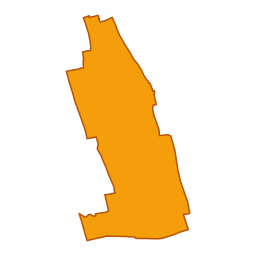 Varlezi, Galati, Romania
{"feature_id": "2599482B39288549559183", "entity_name": "Varlezi", "entity_type": "district", "adm_level": 2, "iso_a3": "ROU", "parent_name": "Romania", "parent_adm1": "Galati", "projection": "equal_earth", "projection_center": [27.823, 45.929], "detail": "fine", "context": "isolated", "style": "filled", "palette": "amber", "viewbox_px": 256, "rotation_deg": 0, "n_neighbors": 0, "source": "geoboundaries", "source_scale": "gbopen_adm2", "svg_char_len": 4495}
<svg xmlns="http://www.w3.org/2000/svg" viewBox="0 0 256 256"><path d="M112.2,17.4L111.7,17.5L110.3,18.2L110.2,18.3L107.5,19.7L106.7,20.1L99.9,22.1L98.7,18.9L98.9,18.9L99.4,18.8L98.7,17.1L98.5,16.4L98.1,15.4L96.4,15.9L95.8,16.0L89.8,17.3L89.4,17.4L89.1,16.3L89.1,15.8L86.2,16.8L84.2,17.5L83.6,17.7L83.4,17.8L83.5,18.0L83.6,18.3L83.8,18.9L83.9,19.4L84.0,19.5L84.1,19.8L84.4,20.6L84.5,20.9L84.6,21.2L84.9,22.0L85.1,22.4L85.1,22.6L85.5,23.6L85.6,23.8L85.7,24.3L85.8,24.6L86.0,25.1L86.1,25.5L86.3,26.1L86.4,26.4L86.5,26.8L86.7,27.2L86.9,27.9L87.1,28.8L87.4,29.6L87.6,30.4L88.1,32.0L88.7,34.0L89.3,37.3L89.7,39.3L89.9,40.5L90.0,41.6L90.6,45.5L90.9,48.1L90.7,48.5L90.6,49.0L90.5,50.5L86.1,51.1L82.5,52.1L83.1,54.8L83.8,60.6L83.6,60.7L83.1,60.7L83.4,67.9L80.0,68.3L79.6,68.7L78.0,69.1L77.4,69.2L77.1,69.3L74.9,69.7L73.6,69.9L72.9,70.0L71.9,70.2L71.2,70.4L70.8,70.5L70.7,70.5L70.4,70.5L69.8,70.6L69.2,70.6L68.7,70.8L68.1,70.9L68.0,71.0L67.9,71.0L67.7,71.0L67.4,71.1L66.7,71.2L66.3,71.4L66.9,73.5L67.4,74.9L67.6,75.8L67.7,76.0L68.1,78.0L68.6,79.9L68.8,80.7L68.8,81.2L69.1,81.9L69.3,82.5L70.3,85.6L70.8,87.3L72.8,93.6L73.6,96.5L75.0,101.5L75.2,102.4L75.5,103.3L76.3,105.1L77.0,106.6L77.3,107.5L77.8,109.6L79.4,113.6L81.9,120.6L82.5,122.6L83.9,126.3L84.5,128.0L84.9,129.5L85.3,131.0L86.0,133.4L87.2,138.7L94.0,137.4L96.1,136.9L96.5,138.6L98.0,142.9L98.1,143.8L97.9,145.5L97.8,146.2L97.7,146.6L97.2,148.2L97.3,148.6L98.2,150.7L98.4,151.3L99.3,152.6L100.8,155.0L100.9,155.3L101.6,156.8L101.7,157.6L103.9,162.7L105.2,165.5L105.6,166.1L105.9,166.9L107.9,172.6L109.0,175.7L109.4,176.6L109.8,177.3L113.1,185.0L114.3,187.8L114.0,190.0L115.2,192.9L114.8,193.0L114.4,193.1L113.6,193.2L110.4,193.9L107.5,194.5L107.3,194.5L107.2,194.5L104.9,194.8L108.5,210.8L108.6,211.0L108.1,211.2L105.7,212.2L104.9,212.5L98.0,213.4L95.7,213.7L95.5,213.8L95.5,214.0L95.7,215.4L95.7,215.7L95.4,215.9L94.3,216.1L93.9,216.1L93.6,216.1L92.3,215.6L91.7,215.4L91.2,215.2L90.7,214.4L90.4,214.3L89.2,214.5L88.7,214.6L88.4,214.8L86.2,216.8L85.3,217.0L84.9,217.0L84.6,216.9L83.9,216.4L82.7,215.7L79.9,214.0L79.3,213.8L79.5,214.8L79.8,215.5L80.0,216.5L80.6,218.5L81.1,219.9L81.6,221.2L82.0,222.9L82.2,223.8L82.6,224.9L83.1,226.7L83.4,227.9L83.7,229.0L84.0,230.1L84.3,230.9L84.6,232.0L85.2,234.7L86.1,237.4L87.1,240.6L95.1,238.7L98.1,238.1L98.9,237.9L99.7,237.7L102.2,237.2L104.7,236.7L107.7,235.8L107.7,236.2L108.6,236.2L113.0,236.3L121.1,236.4L124.9,236.5L127.0,236.6L129.8,236.8L131.9,236.8L132.7,236.9L133.0,236.9L133.5,237.0L133.9,237.0L134.3,237.0L134.7,237.1L135.0,237.2L135.1,237.3L135.1,237.5L135.2,238.0L135.3,238.1L135.5,238.2L135.8,238.3L136.2,238.4L136.4,238.4L136.6,238.4L137.9,238.4L139.2,238.5L140.3,238.5L140.7,238.5L140.9,238.5L141.8,238.5L142.1,238.5L143.2,238.5L143.4,238.5L144.6,238.5L146.4,238.5L146.6,238.5L147.0,238.5L148.6,238.6L149.6,238.6L158.2,238.8L158.7,238.7L160.0,238.6L161.8,238.3L163.4,238.1L163.6,237.8L167.3,236.8L176.8,233.6L177.7,232.9L183.0,231.2L188.3,229.5L183.4,214.6L189.7,213.4L189.4,211.4L187.7,202.1L180.5,181.4L177.9,170.4L175.4,153.7L174.6,149.3L172.9,143.3L172.6,142.4L171.8,139.8L171.3,138.0L171.1,137.3L170.8,136.0L169.5,135.4L168.2,134.7L164.3,135.1L160.4,135.4L159.3,135.5L159.4,134.9L159.1,133.7L159.3,131.9L158.4,127.4L157.6,126.0L156.8,124.5L157.0,124.1L156.8,123.3L156.8,123.0L156.8,122.8L156.5,122.3L156.2,121.9L156.0,121.4L155.7,120.9L155.7,120.3L155.6,119.8L155.5,119.4L155.3,118.7L155.1,118.2L154.9,117.8L154.5,117.2L154.3,116.8L154.1,116.6L153.8,116.3L153.4,115.8L154.0,115.2L153.7,114.7L153.7,114.2L153.5,113.8L153.4,113.3L153.3,112.8L153.3,112.3L153.0,111.0L152.9,110.4L152.8,110.1L152.7,109.4L152.6,108.7L152.9,106.9L153.2,106.2L153.3,104.9L154.1,104.9L155.1,104.8L156.2,104.7L156.0,103.5L155.9,102.5L155.5,101.5L155.4,100.8L155.1,100.1L154.8,97.6L154.6,96.9L154.6,96.3L154.3,95.3L154.1,94.3L154.1,94.1L154.6,92.4L154.3,90.7L152.6,91.0L152.4,89.8L152.4,89.3L151.5,86.8L151.0,85.8L149.8,82.9L149.7,82.9L149.0,83.1L147.9,80.8L147.6,80.4L146.2,79.2L144.2,75.8L143.9,75.2L143.5,74.8L143.2,74.1L142.4,72.2L141.6,70.4L141.3,69.8L139.8,67.4L137.3,63.5L136.1,62.0L135.8,61.8L134.6,60.5L134.1,59.7L133.7,59.4L132.3,56.7L132.1,56.4L131.1,54.6L130.2,52.9L128.5,50.3L127.9,49.3L127.4,48.5L126.5,47.0L126.0,46.2L125.3,45.0L124.8,44.4L123.7,42.5L123.2,41.4L122.5,40.3L121.5,38.6L121.0,37.7L120.8,37.3L119.6,35.2L118.8,33.4L117.8,31.1L117.5,30.4L117.3,29.9L116.9,29.0L115.9,25.7L114.9,23.5L114.5,22.5L114.3,22.2L112.7,18.6L112.2,17.4Z" fill="#f59e0b" stroke="#b45309" stroke-width="1.5"/></svg>